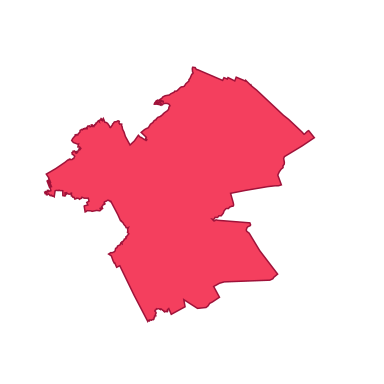 the district of Spineni, Olt, Romania, rotated 245°
{"feature_id": "2599482B91158629035483", "entity_name": "Spineni", "entity_type": "district", "adm_level": 2, "iso_a3": "ROU", "parent_name": "Romania", "parent_adm1": "Olt", "projection": "equal_earth", "projection_center": [24.571, 44.715], "detail": "fine", "context": "isolated", "style": "filled", "palette": "rose", "viewbox_px": 384, "rotation_deg": 245, "n_neighbors": 0, "source": "geoboundaries", "source_scale": "gbopen_adm2", "svg_char_len": 5999}
<svg xmlns="http://www.w3.org/2000/svg" viewBox="0 0 384 384"><g transform="rotate(245 192 192)"><path d="M303.4,247.5L304.8,245.4L304.7,245.2L303.5,244.3L300.7,243.3L299.7,243.4L299.0,242.9L298.8,241.6L295.7,238.1L295.2,236.8L293.9,236.1L292.7,232.1L291.1,229.7L291.3,228.0L291.7,227.1L291.7,225.8L290.1,221.4L290.0,220.3L290.7,219.0L290.0,217.9L290.0,214.4L289.5,212.5L290.6,208.3L290.5,205.7L289.8,204.6L289.3,201.6L286.3,204.3L285.7,203.9L287.3,202.3L287.2,202.0L289.3,200.0L289.8,199.8L289.7,198.0L289.4,197.6L287.2,199.6L286.9,200.4L285.9,201.2L285.0,201.4L284.5,200.7L285.0,199.9L288.9,196.7L288.6,196.0L287.6,194.9L287.4,195.1L286.7,196.9L284.9,199.5L283.7,200.5L284.0,200.9L283.5,202.1L283.9,202.5L284.0,203.9L283.4,205.7L282.6,207.1L281.7,208.0L280.7,208.4L279.4,208.5L279.3,207.8L278.4,206.8L276.9,205.8L276.1,204.1L275.5,200.7L275.0,198.8L274.6,198.5L274.0,195.5L273.8,195.5L274.1,192.6L273.3,190.5L272.7,190.0L272.8,188.7L272.4,187.1L271.5,186.1L271.0,183.0L269.2,180.4L268.6,179.0L268.8,177.7L268.6,175.2L267.5,171.1L260.9,173.7L260.3,172.7L258.5,173.2L258.0,172.4L258.1,172.1L259.5,171.4L259.6,171.0L262.9,169.1L263.3,168.3L266.1,167.4L262.6,161.3L260.8,155.7L270.6,155.1L275.0,155.7L278.3,155.6L280.8,156.3L281.8,156.2L283.2,157.0L284.0,155.7L284.0,155.2L285.5,155.0L286.7,156.0L287.5,155.5L287.9,154.5L287.6,153.6L288.3,151.4L288.1,150.7L287.3,149.7L287.2,148.8L286.2,148.0L285.8,146.9L285.3,146.5L284.9,145.2L285.3,144.9L286.2,145.1L289.9,144.5L291.2,143.7L292.0,142.5L296.1,142.7L295.7,142.1L294.9,142.1L294.6,142.5L294.1,142.1L294.7,141.8L294.6,141.4L295.6,141.1L295.2,140.9L296.1,140.7L295.9,140.6L296.4,140.3L295.7,140.0L296.2,139.6L296.1,138.1L295.7,138.2L295.6,137.7L295.0,137.6L296.1,137.1L295.3,137.1L296.0,136.9L295.0,134.9L295.0,134.0L294.6,134.1L294.1,133.4L294.2,132.4L293.5,132.0L293.6,131.5L293.0,130.9L295.0,130.0L295.3,129.3L293.6,129.3L294.0,128.8L294.1,127.5L294.4,127.7L295.2,127.3L295.1,126.8L295.5,126.5L295.4,125.7L295.7,125.3L295.2,125.0L295.0,123.8L293.9,123.9L293.6,123.5L294.2,123.2L294.7,122.3L294.5,122.1L295.0,121.8L294.8,121.1L295.1,120.6L294.7,120.5L295.0,119.5L294.7,119.0L295.3,118.6L295.1,116.6L293.7,115.8L292.7,113.2L292.0,112.6L292.4,111.8L293.0,111.4L293.1,110.3L292.3,110.3L292.4,109.9L290.8,106.4L289.5,104.7L287.0,105.4L283.4,108.9L283.4,109.4L281.1,107.6L280.5,108.5L280.4,109.2L278.5,109.7L278.0,108.8L278.9,108.6L278.7,107.6L277.7,107.6L277.8,106.5L276.6,105.3L277.2,105.2L277.6,104.1L276.6,104.2L276.0,103.8L276.0,103.3L278.9,102.8L279.2,101.5L278.7,101.5L278.4,99.8L276.6,99.4L275.9,100.2L274.0,100.8L272.3,98.9L272.6,98.2L272.1,97.2L272.6,95.7L273.5,95.3L273.6,94.5L273.1,93.9L273.5,93.0L272.6,89.5L270.8,78.5L269.8,67.5L265.0,68.2L264.5,67.7L263.2,68.0L259.8,67.8L261.3,67.1L256.2,66.9L256.3,66.3L263.3,66.7L263.4,66.1L263.2,65.3L256.2,64.8L256.1,65.3L252.9,64.7L253.2,63.9L252.9,63.6L253.2,62.3L254.2,62.5L254.5,61.8L253.0,61.4L253.1,60.8L253.8,60.9L254.2,59.9L254.3,59.5L253.7,59.3L254.0,58.4L252.6,58.2L252.4,58.6L252.7,59.5L252.2,59.6L251.1,58.9L250.6,59.4L251.0,61.0L250.0,61.6L248.9,61.8L248.5,63.1L248.0,62.9L247.8,63.6L247.1,63.9L246.9,64.6L245.9,65.1L250.9,68.4L250.9,69.3L250.6,70.2L249.8,71.3L250.0,71.6L249.7,72.5L249.2,72.7L247.8,75.4L243.3,73.4L242.1,75.1L242.1,75.6L244.9,76.5L244.4,78.1L243.2,77.5L243.4,78.2L242.0,79.6L241.4,81.2L242.1,81.9L241.9,82.3L239.5,81.0L238.7,81.8L237.8,81.7L236.9,82.9L235.1,82.8L234.9,83.9L235.1,85.0L234.2,86.4L232.9,87.1L233.2,87.9L233.0,89.0L233.8,90.0L231.9,91.8L230.2,95.4L227.2,94.7L227.0,92.2L224.3,92.1L224.9,88.7L224.8,88.3L219.1,86.7L219.0,87.5L219.4,89.0L217.8,92.2L216.7,93.3L215.6,97.8L213.9,100.5L214.3,101.8L216.0,101.8L215.9,102.8L214.7,102.9L214.8,104.0L217.0,104.1L217.3,105.2L218.0,106.1L218.1,107.1L218.4,107.3L217.8,107.6L218.0,108.1L219.4,108.1L219.9,108.2L220.0,108.6L220.1,109.4L219.9,110.7L220.2,111.7L220.1,112.4L219.4,113.2L219.0,113.2L218.8,113.7L217.8,113.9L217.8,114.5L202.9,115.2L196.1,115.1L195.9,115.7L194.9,115.7L193.6,116.4L191.2,116.6L189.1,117.3L187.5,117.2L186.8,118.1L186.7,119.4L185.5,117.9L183.3,117.2L182.9,116.5L180.8,117.0L179.4,114.0L179.0,113.8L179.2,113.0L177.7,112.5L177.9,110.7L177.2,110.3L177.1,109.6L176.3,108.6L176.5,107.4L174.6,106.7L175.9,105.9L174.5,104.5L174.5,101.7L173.2,100.4L173.2,98.9L171.3,97.6L170.7,96.5L170.7,94.0L171.4,92.8L171.0,90.2L168.2,91.9L163.0,91.4L160.4,91.5L160.4,92.0L155.6,91.9L155.7,95.4L122.9,95.9L93.6,97.2L93.9,97.5L94.0,98.1L93.2,98.5L93.1,98.9L93.5,99.2L93.9,98.9L94.0,99.2L93.7,100.1L92.9,101.1L93.2,102.1L92.6,103.0L93.0,103.9L94.4,104.7L94.5,105.4L95.4,105.7L95.1,106.9L96.8,107.2L97.4,108.3L98.2,108.5L99.6,108.0L100.4,108.4L100.3,109.1L101.2,110.4L100.7,110.7L100.6,111.8L100.1,112.9L99.5,113.1L99.4,113.9L98.7,113.9L98.8,114.8L97.1,115.5L96.4,116.3L95.9,116.0L94.8,116.5L94.9,117.5L94.6,118.2L94.7,118.7L94.1,118.7L93.9,119.1L94.6,119.9L95.1,119.7L95.7,120.0L96.2,121.7L89.9,121.5L90.9,137.2L97.9,139.1L84.2,147.8L81.4,155.9L82.0,158.4L83.6,160.9L83.7,163.9L85.0,172.4L97.2,171.7L97.7,178.2L96.9,183.3L79.2,225.3L79.2,228.6L80.1,230.0L81.4,234.9L110.1,228.6L130.6,226.4L133.2,225.0L134.7,225.1L136.5,226.9L136.9,227.9L136.9,230.5L137.4,231.2L139.6,231.4L155.4,203.5L156.6,202.0L156.3,200.3L156.7,199.5L158.7,198.9L158.2,199.5L158.1,200.5L159.3,202.2L158.2,204.2L158.4,205.1L159.1,206.3L158.1,208.5L159.6,211.4L161.4,213.2L162.5,215.6L162.4,216.5L161.6,218.0L162.5,220.0L162.2,220.8L162.4,221.8L161.8,223.1L162.1,223.8L163.1,224.4L165.2,224.9L174.5,226.4L170.9,241.0L164.9,262.8L162.6,269.7L161.1,273.1L160.7,276.0L171.1,276.9L173.4,279.6L175.0,282.4L175.6,284.8L177.2,285.5L178.3,287.4L180.0,288.3L183.6,289.2L185.0,290.7L187.2,311.1L189.5,325.8L198.3,323.7L198.3,322.4L196.9,318.3L197.0,317.9L199.7,317.1L217.1,310.2L222.8,307.3L257.1,293.6L262.8,290.8L264.0,290.7L263.8,290.4L270.4,287.9L269.8,287.5L277.4,280.6L274.6,277.7L280.5,273.0L279.5,271.7L282.1,269.3L280.2,266.9L298.0,251.0L300.5,248.8L300.7,248.2L301.9,247.6L303.4,247.5Z" fill="#f43f5e" stroke="#9f1239" stroke-width="1.5"/></g></svg>